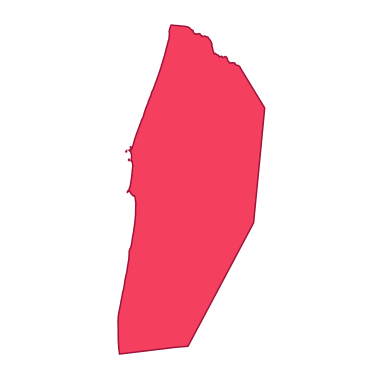 the district of Mýrdalshreppur, Suðurland, Iceland, rotated 93°
{"feature_id": "244011B6689541001554", "entity_name": "Mýrdalshreppur", "entity_type": "district", "adm_level": 2, "iso_a3": "ISL", "parent_name": "Iceland", "parent_adm1": "Suðurland", "projection": "natural_earth1", "projection_center": [-19.16, 63.515], "detail": "fine", "context": "isolated", "style": "filled", "palette": "rose", "viewbox_px": 384, "rotation_deg": 93, "n_neighbors": 0, "source": "geoboundaries", "source_scale": "gbopen_adm2", "svg_char_len": 5362}
<svg xmlns="http://www.w3.org/2000/svg" viewBox="0 0 384 384"><g transform="rotate(93 192 192)"><path d="M357.6,255.9L347.9,200.2L346.3,188.0L282.1,158.0L219.6,128.9L159.7,126.2L104.3,123.8L66.2,149.8L64.7,150.6L64.0,151.3L63.6,151.9L63.3,152.5L63.1,153.0L63.0,154.5L62.9,155.0L62.5,155.2L62.2,155.4L61.9,155.5L61.7,155.7L61.3,155.9L61.4,156.0L61.1,156.5L60.9,156.6L60.9,156.8L61.0,156.9L60.8,157.3L60.7,157.5L60.8,157.8L60.8,158.0L60.8,158.3L61.1,158.5L61.2,159.0L61.0,159.5L61.5,160.0L61.5,160.4L61.3,160.4L61.3,160.5L61.2,160.7L61.0,160.9L60.6,161.1L60.5,161.3L60.4,161.5L60.2,161.9L59.9,162.3L59.8,162.5L59.6,162.7L59.0,163.0L58.5,163.2L58.3,163.3L56.7,164.0L56.3,164.1L55.9,164.3L55.7,164.4L55.6,164.6L55.1,165.2L54.9,165.5L55.0,165.9L55.1,166.1L55.4,166.4L55.5,166.6L55.6,167.0L55.9,167.4L56.0,167.6L56.0,167.9L55.8,168.3L55.6,168.6L55.2,169.0L54.9,169.5L55.0,169.8L55.3,170.0L55.2,170.7L55.3,171.0L55.2,171.3L55.4,171.5L55.4,171.8L55.5,171.9L55.5,172.0L55.3,172.1L55.2,172.3L54.5,172.5L54.2,172.8L54.0,173.1L53.9,173.6L53.7,173.9L53.6,174.2L53.6,174.3L53.6,174.5L53.3,174.7L53.2,174.9L53.0,175.1L52.9,175.4L52.9,175.5L52.5,175.8L52.4,175.9L52.5,176.8L52.7,177.2L51.6,177.6L51.3,177.8L50.4,178.2L49.4,178.5L48.1,178.8L46.5,179.3L45.4,179.6L45.0,179.8L43.9,179.8L43.5,179.8L42.7,180.1L41.8,180.5L40.8,180.9L40.3,181.2L38.9,182.3L37.6,183.5L36.9,184.0L36.6,184.2L36.4,184.5L36.3,184.9L36.3,185.6L36.2,185.9L35.7,186.8L35.6,187.5L35.7,187.9L36.1,188.5L36.2,189.0L35.9,189.3L35.8,189.5L35.6,189.9L35.6,190.1L35.8,190.4L35.8,190.5L35.7,190.8L35.3,191.1L34.5,191.6L33.7,192.3L33.5,192.5L33.5,192.9L33.6,193.1L33.6,193.3L33.5,193.6L34.0,194.3L34.0,194.7L33.9,194.9L33.8,195.3L33.9,195.5L34.3,195.8L34.4,196.0L34.0,196.7L33.8,196.9L33.8,197.3L33.8,197.5L33.7,197.7L33.6,198.0L33.3,198.2L33.1,198.4L32.9,198.6L32.7,198.8L32.4,198.9L30.9,199.4L30.6,199.6L30.4,199.7L30.4,199.9L30.5,200.2L30.4,200.5L29.4,201.9L28.0,203.3L27.9,203.5L27.4,205.1L27.0,207.0L26.9,208.3L26.8,212.0L26.8,212.3L26.6,214.4L26.6,217.1L26.5,218.6L26.4,220.4L26.4,221.6L29.9,222.7L31.4,223.0L32.9,223.2L33.4,223.2L34.4,222.9L34.9,222.8L35.3,222.8L35.9,222.9L37.5,222.9L38.5,222.9L41.0,223.1L41.5,223.2L42.5,223.6L46.2,224.3L49.1,225.0L51.5,225.5L53.1,225.7L54.6,226.0L57.5,226.6L60.8,227.5L63.0,228.0L64.0,228.2L66.7,229.0L68.1,229.3L68.9,229.4L69.3,229.5L76.3,231.5L77.4,231.7L78.0,232.0L82.9,233.4L83.8,233.7L84.4,234.0L85.4,234.3L86.8,234.6L92.0,236.3L92.7,236.7L93.3,236.9L94.6,237.5L95.2,237.7L96.3,237.7L97.2,237.9L98.2,238.3L99.2,238.5L99.8,238.9L100.5,239.2L101.4,239.4L103.3,240.1L104.6,240.5L105.8,240.7L106.6,240.9L107.7,241.4L108.7,241.8L110.0,242.1L110.5,242.4L115.0,243.6L115.8,243.9L117.4,244.1L118.1,244.3L120.6,245.0L121.9,245.8L128.0,247.6L136.8,250.4L141.0,251.6L142.2,252.0L144.8,252.5L146.6,252.9L148.0,253.2L149.3,253.5L151.5,254.1L151.4,254.3L151.2,254.6L151.3,254.9L152.0,255.2L152.6,255.1L153.4,255.2L153.8,255.5L154.0,255.6L154.1,255.8L154.1,256.0L153.7,256.4L153.2,256.4L153.1,256.6L153.3,256.9L153.4,257.0L153.6,257.0L153.8,257.0L153.9,256.9L154.0,256.7L154.1,256.3L154.3,256.3L154.4,256.1L154.5,255.8L154.8,255.6L155.0,255.3L155.2,255.2L155.7,255.1L155.8,255.1L156.1,255.1L156.3,255.0L156.7,254.7L157.6,254.5L158.2,254.3L160.0,254.2L161.8,254.3L162.6,254.4L162.9,254.4L163.4,254.5L163.7,254.5L163.8,254.6L164.1,254.6L164.3,254.4L164.4,254.2L164.0,253.8L164.0,253.7L164.5,253.4L167.0,252.8L168.6,252.6L169.4,252.5L170.2,252.5L172.6,252.7L176.6,252.8L181.1,253.1L185.0,253.5L189.5,254.0L190.0,254.1L190.5,254.5L190.9,254.6L191.2,254.5L191.3,254.5L191.5,254.7L192.2,254.7L192.4,254.8L192.5,254.8L192.8,255.0L193.1,255.1L193.3,255.2L193.4,255.3L193.7,255.3L194.4,255.1L194.7,254.9L194.9,254.3L194.9,254.1L195.1,253.8L195.8,253.2L197.0,252.7L197.3,252.2L198.1,251.4L198.3,251.3L198.5,251.1L198.8,250.7L198.8,250.3L198.7,250.1L199.0,249.6L199.2,249.4L199.1,249.2L199.4,249.0L200.0,248.7L200.6,248.5L202.3,248.2L204.3,247.9L205.5,247.5L205.9,247.4L206.1,247.5L206.5,247.6L209.0,247.4L212.3,247.4L217.5,247.2L221.9,247.3L224.1,247.5L225.4,247.4L226.0,247.4L226.3,247.4L226.8,247.6L227.1,247.7L227.5,247.7L227.8,247.6L228.5,247.6L229.0,247.6L230.4,247.9L232.6,248.1L233.2,248.1L233.8,248.1L234.6,248.2L238.0,248.7L239.9,248.9L245.9,249.5L248.9,249.9L250.2,250.2L251.6,250.6L252.3,251.1L253.4,251.4L254.3,251.6L255.4,251.6L258.0,251.5L259.1,251.6L259.8,251.5L260.2,251.5L261.5,251.6L263.9,251.7L265.8,252.0L267.3,252.1L269.2,252.4L271.0,252.5L275.9,253.0L278.6,253.5L280.0,253.8L283.0,254.2L290.1,254.9L291.8,255.1L294.8,255.7L296.1,256.0L297.1,256.1L301.3,256.6L304.4,257.1L306.5,257.3L310.1,257.8L313.4,258.3L316.6,258.8L319.2,259.0L320.3,259.1L325.8,259.1L331.1,258.6L333.5,258.5L343.5,257.9L351.7,257.0L354.3,256.5L357.6,255.9ZM163.4,257.1L163.7,257.0L163.8,256.9L163.8,256.6L163.8,256.4L163.7,256.4L163.1,256.3L162.6,256.5L162.6,256.8L162.8,256.8L163.2,257.0L163.4,257.1ZM155.3,260.2L155.5,260.0L155.5,259.9L155.4,259.7L155.2,259.4L154.9,259.4L154.5,259.4L154.3,259.5L154.2,259.5L154.5,259.8L154.8,260.1L155.0,260.2L155.3,260.2ZM150.6,255.9L150.9,255.8L151.1,255.6L151.0,255.4L150.9,255.3L150.4,255.3L150.1,255.4L149.9,255.6L150.0,255.8L150.6,255.9ZM195.5,256.3L194.6,256.0L194.2,255.9L194.1,256.0L194.3,256.2L194.6,256.3L194.9,256.3L195.1,256.5L195.5,256.6L195.8,256.5L195.8,256.4L195.7,256.4L195.5,256.3Z" fill="#f43f5e" stroke="#9f1239" stroke-width="1.5"/></g></svg>